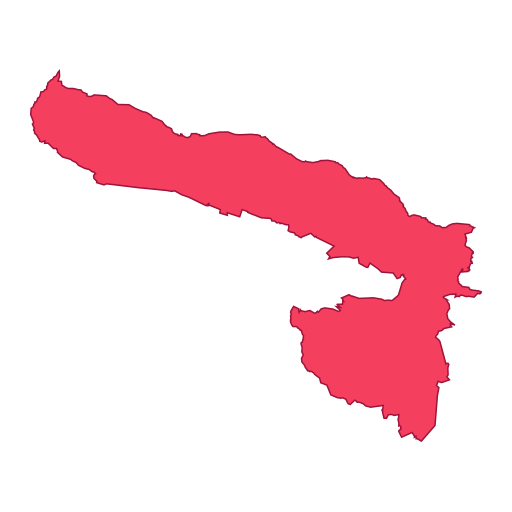 the district of Tuxcueca, Jalisco, Mexico
{"feature_id": "50627088B64189905632307", "entity_name": "Tuxcueca", "entity_type": "district", "adm_level": 2, "iso_a3": "MEX", "parent_name": "Mexico", "parent_adm1": "Jalisco", "projection": "mercator", "projection_center": [-103.23, 20.139], "detail": "fine", "context": "isolated", "style": "filled", "palette": "rose", "viewbox_px": 512, "rotation_deg": 0, "n_neighbors": 0, "source": "geoboundaries", "source_scale": "gbopen_adm2", "svg_char_len": 6019}
<svg xmlns="http://www.w3.org/2000/svg" viewBox="0 0 512 512"><path d="M421.4,441.1L435.0,425.5L437.4,395.4L438.9,387.6L436.5,385.6L438.1,381.3L441.1,382.5L442.2,382.4L449.4,379.8L446.8,376.8L448.1,374.9L447.8,368.0L448.8,364.4L448.0,363.3L446.0,363.5L445.9,362.5L445.7,363.1L439.9,341.5L438.5,339.6L435.6,337.3L435.7,336.5L437.8,333.8L438.5,331.3L441.7,330.6L444.0,328.5L451.7,326.8L450.2,324.6L450.5,323.7L454.9,325.1L450.6,321.9L447.8,318.7L446.8,313.6L448.3,310.1L449.6,308.7L449.2,304.4L446.8,300.8L446.4,299.7L447.0,299.7L443.6,297.7L443.4,296.6L449.8,294.4L455.9,294.1L455.1,297.1L457.1,296.2L459.4,296.6L460.3,295.3L462.0,295.2L466.2,296.6L468.8,296.3L474.1,297.1L477.6,293.4L479.8,293.9L479.9,294.3L480.0,293.4L480.7,293.3L481.3,291.9L478.7,290.9L471.7,290.0L469.7,289.2L468.8,287.4L462.0,286.5L461.3,285.3L458.6,283.2L458.7,281.8L457.7,280.7L458.1,279.8L457.7,276.9L462.2,269.0L462.9,269.3L461.7,272.0L467.9,271.5L468.0,271.0L469.2,270.8L469.8,269.7L467.4,267.3L469.2,267.9L469.7,265.6L470.7,263.5L472.3,263.2L471.6,261.1L470.8,261.3L470.8,258.7L472.5,257.4L471.4,256.3L472.4,252.9L473.2,253.2L473.2,251.8L469.1,247.8L466.2,246.8L465.0,245.0L466.4,240.4L465.7,237.7L466.3,237.9L465.0,234.1L471.4,232.2L473.1,228.4L474.4,227.7L470.2,225.8L469.5,224.6L457.1,223.4L452.4,223.9L448.6,225.5L446.0,227.5L442.4,227.7L439.6,225.9L435.7,225.8L433.7,224.2L430.6,223.1L430.2,222.1L428.4,222.0L427.6,220.1L426.7,219.3L425.7,219.3L425.8,217.9L421.5,217.8L421.2,217.0L420.0,216.3L414.2,214.9L412.0,215.3L410.1,216.4L408.5,216.0L407.8,215.0L407.7,213.3L406.0,211.0L405.0,208.3L403.4,207.1L403.6,206.1L403.1,205.7L403.4,205.2L402.7,203.7L400.8,202.1L400.3,201.1L399.6,201.1L399.6,198.8L399.0,197.5L394.1,194.2L390.8,190.2L387.2,187.5L386.3,186.0L384.7,185.3L383.9,183.7L379.6,179.6L373.7,178.5L371.2,179.0L369.5,178.1L367.8,177.9L366.5,176.9L366.1,177.7L362.8,178.2L358.1,177.9L357.2,178.5L353.4,177.2L353.6,177.8L353.2,177.8L349.2,174.8L345.0,168.5L343.4,167.7L342.2,165.7L338.9,164.0L337.8,162.8L336.0,162.7L335.3,161.8L333.0,161.3L327.9,160.3L320.4,160.6L319.0,161.4L313.0,162.6L306.7,161.7L305.6,161.0L304.5,161.8L302.1,161.6L296.3,158.7L290.8,154.1L289.2,154.0L277.5,147.1L276.8,147.3L273.8,144.1L273.1,143.7L272.7,144.2L271.8,142.8L269.0,140.9L267.5,138.7L266.1,138.0L265.2,136.7L262.3,137.3L260.5,136.7L260.2,135.6L257.6,134.9L251.1,134.3L239.5,134.8L234.5,134.4L228.0,132.0L219.4,132.1L208.8,133.8L205.0,135.5L202.3,135.8L199.8,135.7L199.7,134.6L198.1,134.5L196.5,133.6L191.6,133.7L190.3,136.3L188.3,137.5L185.4,137.3L183.4,135.9L181.9,135.8L182.2,134.4L180.7,133.9L180.2,135.7L177.8,135.5L177.8,134.4L174.9,133.8L173.5,132.8L172.4,131.5L171.6,128.9L169.4,127.6L166.4,126.6L165.9,125.5L165.0,125.2L162.0,121.3L154.0,117.8L153.5,118.2L151.0,115.2L147.6,113.1L145.3,112.1L143.3,111.9L135.2,108.4L128.9,104.7L117.9,104.5L112.1,99.5L109.5,98.4L106.2,95.8L94.0,94.9L91.8,96.3L88.8,96.5L87.0,95.9L87.0,93.9L82.5,92.1L80.9,89.9L78.7,89.8L73.4,88.5L68.3,88.5L65.5,87.5L64.0,86.3L61.9,85.3L61.4,81.4L58.0,81.1L59.6,76.5L59.3,70.9L58.0,72.3L56.1,76.1L54.2,76.9L52.5,79.4L51.0,80.0L47.8,83.0L47.5,85.8L46.7,86.3L46.8,88.5L46.2,89.3L45.1,89.6L43.3,91.6L40.9,91.9L40.0,95.7L38.9,97.6L37.5,98.2L37.5,99.4L36.2,102.0L34.8,102.0L34.8,103.4L34.0,104.1L33.3,106.6L31.2,108.4L30.7,114.6L33.5,121.8L33.5,123.0L32.4,124.1L34.4,128.4L33.7,129.4L33.7,130.3L34.7,131.7L34.6,133.2L36.5,134.9L39.6,140.0L39.8,141.4L41.9,142.0L44.9,140.8L44.6,143.3L48.1,143.2L53.5,148.5L56.7,148.5L56.6,149.2L57.6,150.9L57.4,152.2L62.5,157.0L70.8,159.4L72.1,160.6L76.2,162.6L78.5,165.3L84.8,168.4L89.2,169.5L92.4,171.9L93.7,171.8L95.5,173.8L94.2,174.6L93.6,176.0L94.0,178.5L96.8,181.2L96.6,182.6L104.0,184.9L106.4,183.9L109.1,184.1L138.8,187.7L166.3,190.4L171.5,191.3L174.8,190.9L181.6,194.7L189.0,197.3L206.2,205.7L209.2,202.9L208.2,205.7L209.7,205.3L220.4,209.6L219.7,213.0L227.4,215.3L227.2,212.7L239.7,216.8L242.1,209.6L247.8,211.6L247.7,212.4L261.4,217.8L270.3,218.4L271.1,218.8L271.8,220.9L274.8,221.1L276.8,222.9L278.5,222.6L279.9,222.9L280.0,223.6L281.9,223.3L286.1,224.8L288.4,224.7L288.9,226.9L288.1,230.6L290.1,231.9L294.6,232.9L295.3,234.8L298.0,235.7L298.9,236.7L301.2,237.7L302.2,236.8L310.8,233.3L314.9,237.0L315.9,236.3L316.6,237.5L334.1,246.1L326.7,253.2L329.9,256.5L328.5,258.9L333.0,257.6L341.5,256.8L348.9,256.9L353.5,258.2L358.2,257.3L359.2,263.3L366.5,267.3L367.8,267.4L370.0,263.1L378.1,268.8L381.5,272.1L393.2,273.0L397.1,278.6L400.3,277.4L401.3,274.8L402.3,275.1L403.1,274.4L403.7,275.1L403.4,276.2L405.8,278.9L404.7,279.4L402.2,282.7L398.4,295.2L392.4,300.3L390.9,300.6L389.3,300.1L384.1,300.5L381.8,299.2L373.4,297.8L359.1,298.4L352.3,296.1L352.1,296.5L349.0,294.7L341.5,298.0L342.8,299.0L342.7,300.2L343.6,301.3L342.8,301.2L342.5,304.2L337.3,304.3L337.1,304.7L340.1,307.3L336.4,306.7L340.4,310.4L338.6,311.5L333.1,309.1L324.9,307.9L321.3,308.8L318.3,312.2L317.3,311.3L316.2,312.7L314.5,313.2L309.9,310.5L305.3,311.6L301.1,310.8L300.5,309.8L299.2,312.2L298.6,309.4L298.8,308.9L293.6,306.4L290.9,311.0L290.6,312.5L291.4,314.2L290.6,315.6L290.9,319.9L290.5,320.0L290.5,322.0L291.8,325.0L293.0,326.6L296.7,326.6L297.6,327.9L298.7,328.4L300.4,330.3L301.3,330.3L302.3,334.0L303.6,335.8L303.1,337.9L303.5,339.1L302.9,339.6L302.3,342.2L301.3,342.5L301.0,343.7L302.2,347.6L301.8,351.8L303.3,355.0L301.5,358.3L301.9,362.0L304.7,365.5L305.2,367.2L307.9,371.0L308.8,370.8L309.8,371.6L311.4,371.4L313.9,373.1L314.7,374.4L319.6,378.1L320.8,382.8L326.9,385.1L330.8,394.8L336.9,397.5L340.7,398.2L342.9,397.8L345.9,399.3L348.1,403.7L350.2,404.5L354.7,400.2L355.8,400.7L357.1,402.3L358.0,402.0L360.2,402.5L363.5,403.9L365.4,405.8L370.6,407.2L383.2,405.5L382.9,408.5L382.0,410.0L382.6,410.1L382.5,411.8L384.0,418.2L386.5,418.3L388.4,414.7L391.9,414.5L394.1,415.4L398.8,414.6L398.5,418.5L398.0,419.1L398.9,423.5L398.8,425.9L399.7,425.5L401.0,427.2L400.5,428.2L400.9,429.3L399.1,430.3L398.7,431.2L401.6,437.2L412.0,432.5L414.5,436.2L414.4,437.2L415.9,436.2L416.2,438.7L416.6,438.4L421.4,441.1Z" fill="#f43f5e" stroke="#9f1239" stroke-width="1.5"/></svg>